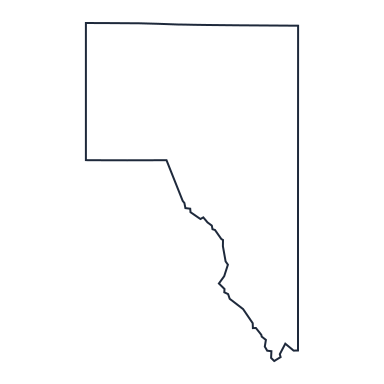 Mesa, Colorado, United States of America (Robinson projection), rotated 90°
{"feature_id": "52423323B90693029046288", "entity_name": "Mesa", "entity_type": "district", "adm_level": 2, "iso_a3": "USA", "parent_name": "United States of America", "parent_adm1": "Colorado", "projection": "robinson", "projection_center": [-108.07, 38.933], "detail": "fine", "context": "isolated", "style": "outline", "palette": "slate", "viewbox_px": 384, "rotation_deg": 90, "n_neighbors": 0, "source": "geoboundaries", "source_scale": "gbopen_adm2", "svg_char_len": 832}
<svg xmlns="http://www.w3.org/2000/svg" viewBox="0 0 384 384"><g transform="rotate(90 192 192)"><path d="M336.6,122.3L339.9,118.1L346.6,119.2L350.7,116.8L351.2,112.6L357.9,112.9L361.0,109.8L357.1,103.4L354.2,104.2L343.7,98.7L350.6,90.4L350.5,86.0L215.1,86.0L25.7,85.9L25.3,144.8L25.0,175.7L24.8,189.7L24.8,189.8L24.6,198.9L24.6,199.1L24.5,206.3L23.8,225.8L23.3,244.3L23.1,273.8L23.0,298.1L160.1,298.1L160.2,296.1L160.3,256.9L160.2,217.5L200.9,201.3L203.0,199.6L208.1,198.6L208.7,193.8L212.2,193.5L219.0,183.6L217.4,180.7L222.4,176.5L225.6,172.2L229.2,171.5L230.0,169.0L239.0,162.7L240.0,161.0L246.2,161.1L261.4,158.4L264.7,156.1L276.2,159.8L283.5,165.1L289.0,159.5L292.3,159.7L294.1,155.9L298.8,154.3L309.1,140.9L323.2,131.3L328.1,131.1L328.0,128.1L334.8,122.7L336.6,122.3Z" fill="none" stroke="#1e293b" stroke-width="2"/></g></svg>